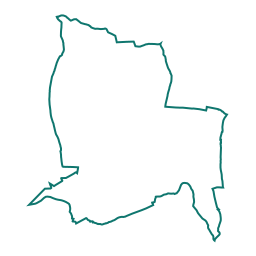 Traian, Bacau, Romania
{"feature_id": "2599482B58001489717641", "entity_name": "Traian", "entity_type": "district", "adm_level": 2, "iso_a3": "ROU", "parent_name": "Romania", "parent_adm1": "Bacau", "projection": "equal_earth", "projection_center": [27.033, 46.645], "detail": "fine", "context": "isolated", "style": "outline", "palette": "teal", "viewbox_px": 256, "rotation_deg": 0, "n_neighbors": 0, "source": "geoboundaries", "source_scale": "gbopen_adm2", "svg_char_len": 5748}
<svg xmlns="http://www.w3.org/2000/svg" viewBox="0 0 256 256"><path d="M214.6,240.6L214.9,239.3L216.5,237.5L219.1,235.0L219.6,234.3L219.7,233.6L219.6,232.9L219.3,232.3L218.4,231.5L218.1,231.2L218.0,230.8L218.2,229.9L218.1,228.8L218.2,228.1L218.4,227.5L218.9,226.5L219.3,224.7L219.8,223.4L220.3,221.9L220.7,220.7L220.8,219.0L220.7,217.5L220.3,214.3L219.5,211.9L218.7,210.5L217.9,209.7L218.8,209.4L217.1,207.6L215.9,202.9L214.4,196.6L213.5,191.2L212.5,188.8L216.7,187.4L217.4,187.3L218.6,187.3L221.0,187.5L223.1,187.5L222.9,187.0L222.5,181.8L222.5,181.6L222.3,180.4L221.9,178.8L221.7,174.7L221.4,173.0L220.8,170.1L220.5,167.6L220.5,164.7L220.5,163.8L220.7,163.0L220.6,160.8L220.8,159.3L220.7,158.9L220.7,157.8L220.6,157.5L220.9,149.6L221.0,147.7L220.8,146.2L220.8,145.2L220.5,144.0L220.7,142.8L221.0,142.8L221.0,141.9L220.9,141.0L221.0,139.8L220.3,139.8L220.3,139.2L220.4,138.7L220.5,137.3L220.8,136.4L221.1,135.1L221.5,133.8L221.7,132.7L222.0,131.9L222.4,131.9L222.6,130.9L222.6,130.2L222.4,127.5L222.4,126.7L222.9,122.9L223.4,120.4L224.2,118.7L224.8,117.6L225.9,116.2L226.9,114.6L226.4,114.5L225.9,114.1L225.0,113.7L224.4,113.3L222.9,111.7L222.3,111.6L222.0,111.4L221.7,110.9L221.1,110.5L220.3,110.0L219.4,109.6L218.9,109.5L218.7,109.7L218.4,109.6L218.1,109.4L218.0,109.1L206.8,106.9L206.6,108.6L206.1,110.5L199.4,109.2L193.4,108.5L192.1,108.6L183.2,107.7L180.7,107.7L175.8,107.5L168.9,107.0L165.3,106.7L165.4,105.5L165.7,103.6L167.5,96.0L167.7,94.4L168.0,93.2L168.3,92.0L169.2,89.1L169.6,86.9L170.2,85.2L170.3,84.4L170.9,82.9L171.3,81.4L171.5,79.1L171.6,75.7L170.8,73.7L170.4,73.2L170.4,72.6L169.8,71.0L169.5,70.5L168.5,68.8L168.0,67.8L166.8,64.2L166.3,62.6L165.9,61.3L165.8,60.7L165.8,59.8L165.4,57.6L165.2,56.7L165.0,56.3L163.8,55.1L163.5,54.7L163.4,54.4L163.5,52.4L163.4,51.8L163.4,51.2L163.4,50.7L162.4,48.6L161.1,46.5L160.4,44.7L160.4,44.1L160.6,43.6L160.2,43.9L158.3,44.3L157.4,44.3L154.3,44.0L149.6,43.9L148.4,43.9L147.3,44.2L146.2,44.3L145.5,44.5L143.7,45.3L141.6,46.0L140.9,46.3L140.0,46.6L138.4,46.6L135.4,46.2L133.9,42.0L133.7,41.6L126.9,41.8L116.8,42.3L115.3,35.8L112.1,34.1L108.1,32.3L106.6,29.3L106.0,28.8L105.2,28.5L104.9,28.5L104.4,28.8L100.8,29.1L97.6,28.7L95.1,28.8L92.9,28.1L91.2,27.4L90.3,26.2L89.7,26.1L88.7,25.1L86.9,24.6L86.0,24.3L85.2,24.2L81.0,23.0L78.4,20.9L76.2,19.2L74.0,19.3L71.3,20.5L70.7,20.6L69.0,19.2L68.1,18.3L67.3,17.8L66.3,16.7L65.4,16.2L63.5,15.5L62.1,15.4L61.0,15.5L58.9,16.4L57.4,16.7L57.9,17.1L57.1,17.7L58.1,19.3L60.3,21.3L60.9,21.6L61.5,22.3L61.6,22.9L61.5,24.4L61.4,27.7L61.2,29.2L61.0,31.7L60.9,35.3L60.9,36.0L61.0,36.5L62.2,39.1L62.5,39.8L62.8,40.5L63.0,41.9L63.3,42.7L63.4,43.6L63.4,44.7L63.6,46.2L63.9,49.2L63.9,49.8L63.7,50.5L63.4,51.7L62.9,52.4L62.1,54.0L62.1,54.8L61.3,55.6L60.5,56.1L60.2,56.2L59.9,56.3L58.2,59.4L56.7,63.0L56.1,65.1L55.7,66.3L55.3,67.9L54.9,69.0L54.6,69.9L54.6,70.4L54.5,70.8L54.2,71.2L53.9,71.8L53.5,73.3L52.7,75.1L52.0,76.6L50.8,83.1L50.0,87.5L49.8,89.8L49.7,90.8L49.8,91.5L49.6,92.7L49.5,96.6L49.3,99.2L49.4,101.1L49.6,104.5L50.4,110.4L50.5,112.2L50.9,115.5L51.4,117.7L52.1,119.9L52.8,122.1L53.4,123.4L53.9,125.8L54.4,127.8L55.0,130.5L55.6,132.9L55.9,133.9L56.4,135.0L57.3,136.5L58.3,138.7L58.8,140.4L59.3,142.3L60.3,145.3L60.5,146.5L60.9,147.9L61.0,148.4L61.0,150.0L60.9,150.5L60.4,151.2L60.6,151.9L61.0,154.6L61.1,157.3L61.2,157.7L61.6,161.4L62.1,164.7L62.6,166.5L63.3,166.8L72.8,167.0L78.1,167.3L78.1,167.5L77.9,169.0L77.1,173.2L76.0,172.3L74.9,172.8L73.7,173.7L68.7,176.5L65.9,178.0L61.3,178.1L61.2,178.3L61.2,178.5L62.3,180.7L62.2,181.0L55.8,184.9L54.0,186.1L51.3,184.4L49.8,183.5L50.4,185.3L50.8,186.1L51.0,186.7L51.2,187.5L51.2,188.0L50.5,188.5L44.9,188.7L29.1,204.8L35.2,203.7L36.5,203.2L41.0,200.7L43.9,198.0L45.7,196.8L47.4,196.6L50.4,197.0L52.9,198.1L55.9,199.2L58.0,199.7L61.1,200.2L62.5,200.6L64.2,201.2L66.0,202.0L68.2,203.3L69.0,203.9L69.6,205.0L70.1,207.4L70.2,208.2L70.2,209.1L70.0,210.5L69.7,211.8L71.1,213.6L71.3,214.4L71.9,215.7L72.1,216.9L72.0,218.5L73.5,218.8L72.6,221.3L72.8,221.5L74.7,221.6L75.2,221.7L75.5,221.9L75.7,222.1L76.1,223.5L86.1,218.1L86.6,218.3L87.2,219.0L87.6,219.6L87.9,219.9L88.4,220.2L89.7,220.6L89.9,220.8L89.9,221.3L90.0,221.6L90.4,221.7L90.8,221.6L91.2,221.4L92.1,221.3L92.6,221.3L93.0,221.7L93.0,221.9L92.8,222.3L92.9,222.5L93.4,222.4L93.9,222.4L94.6,222.8L95.2,223.0L95.9,223.1L96.8,223.5L97.5,223.9L97.9,224.0L98.3,223.9L98.9,224.1L99.7,224.0L100.3,224.0L101.2,224.4L101.8,224.5L102.6,224.4L104.1,223.8L104.9,223.7L105.2,223.5L105.5,223.3L105.9,223.4L106.5,223.3L106.9,223.1L107.6,222.9L107.9,222.8L108.6,222.2L109.0,222.0L109.5,222.0L111.2,221.5L112.9,220.6L113.7,220.4L114.9,219.8L116.4,218.8L117.6,218.0L119.3,217.3L120.3,217.1L121.3,216.9L122.6,216.9L123.2,217.0L125.3,216.6L126.5,216.0L132.3,213.6L141.6,210.2L146.1,208.4L151.4,205.9L153.1,205.1L153.0,204.9L152.9,203.8L152.5,203.3L152.1,202.8L152.1,202.6L154.4,202.1L154.6,202.0L154.8,201.2L155.1,199.2L155.3,198.6L155.6,197.9L155.8,197.4L155.8,196.8L155.8,196.7L156.0,196.6L159.9,196.5L160.8,196.3L161.3,196.1L162.1,195.7L163.8,194.7L164.2,194.6L166.4,194.2L166.7,194.1L167.3,193.7L168.2,193.4L169.0,193.5L171.1,193.7L173.8,193.5L174.4,193.9L174.6,194.0L176.0,193.4L176.6,193.3L178.3,191.2L179.1,190.0L181.0,185.0L181.6,184.2L182.5,183.3L183.5,183.0L184.6,182.9L186.1,183.1L187.3,183.3L188.0,183.8L188.9,184.6L190.3,186.5L191.1,188.5L191.6,189.4L192.6,190.6L193.0,192.1L193.5,194.3L193.4,196.7L193.6,197.9L193.9,199.2L194.0,200.7L194.1,202.0L193.4,204.5L193.2,205.7L193.2,206.2L196.6,210.3L197.9,212.9L198.8,214.1L202.4,218.5L205.4,220.5L206.4,221.7L207.5,224.1L208.2,225.3L208.0,226.9L208.2,228.2L208.5,228.8L208.9,229.2L210.0,231.2L211.9,234.4L213.0,235.5L213.4,236.9L213.4,238.8L213.5,239.3L214.0,240.1L214.6,240.6Z" fill="none" stroke="#0f766e" stroke-width="2"/></svg>